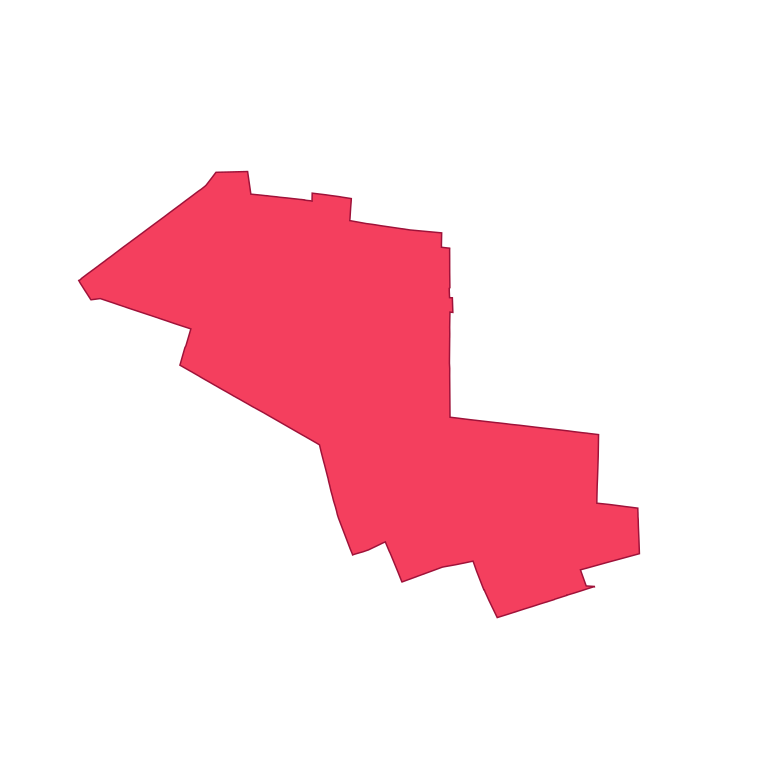 Glodeanu-Silistea, Buzau, Romania, rotated 37°
{"feature_id": "2599482B12439235615588", "entity_name": "Glodeanu-Silistea", "entity_type": "district", "adm_level": 2, "iso_a3": "ROU", "parent_name": "Romania", "parent_adm1": "Buzau", "projection": "robinson", "projection_center": [26.776, 44.841], "detail": "fine", "context": "isolated", "style": "filled", "palette": "rose", "viewbox_px": 768, "rotation_deg": 37, "n_neighbors": 0, "source": "geoboundaries", "source_scale": "gbopen_adm2", "svg_char_len": 3892}
<svg xmlns="http://www.w3.org/2000/svg" viewBox="0 0 768 768"><g transform="rotate(37 384 384)"><path d="M99.3,493.1L105.3,487.2L106.1,486.5L110.3,485.1L116.3,483.1L117.4,482.7L125.4,480.1L136.0,476.6L155.2,470.1L172.6,464.3L179.7,462.0L187.0,459.5L196.6,456.2L202.8,472.7L203.1,474.7L203.4,475.5L206.4,483.3L208.7,489.2L209.1,490.2L209.6,491.6L209.7,491.8L212.5,491.4L213.5,491.3L220.4,490.4L228.3,489.4L229.9,489.2L234.5,488.7L238.6,488.2L244.6,487.4L248.8,486.9L256.7,485.9L261.1,485.3L268.8,484.3L271.6,484.0L277.7,483.1L278.5,483.0L283.3,482.4L292.8,481.2L302.9,479.7L319.4,477.6L345.8,474.3L357.4,472.8L369.1,471.4L372.6,474.3L374.0,475.5L383.8,483.3L384.0,483.4L391.9,489.7L394.5,491.8L396.3,493.2L398.2,494.9L401.8,497.8L406.2,501.5L410.4,504.7L413.8,507.5L416.7,509.6L419.6,511.7L420.2,512.2L422.8,514.2L425.0,516.1L425.8,516.7L427.8,518.1L428.2,518.4L456.2,536.0L460.6,538.6L461.3,539.0L461.8,539.4L462.9,537.7L466.7,532.6L468.1,530.8L470.9,526.6L471.3,526.1L478.1,512.9L478.5,512.1L480.1,509.3L480.9,509.8L488.8,514.4L490.8,515.4L491.1,515.6L493.2,516.8L498.6,520.0L508.2,525.7L517.4,531.3L517.5,531.3L526.7,517.0L534.8,504.5L540.7,495.3L542.0,493.8L546.2,489.3L550.0,485.2L553.8,480.9L555.6,478.9L558.9,475.1L561.7,471.9L562.3,472.3L562.7,472.5L570.5,477.7L572.3,478.8L579.4,483.2L584.7,486.5L586.9,487.8L587.5,488.3L587.9,488.0L588.9,488.6L589.3,488.9L592.8,490.8L598.1,493.7L602.2,495.8L615.0,502.4L621.1,493.9L627.1,485.4L631.6,479.0L637.5,470.8L640.9,465.9L646.4,458.3L649.4,454.1L649.7,453.7L649.9,453.1L652.6,449.3L656.0,444.5L657.3,442.7L657.0,442.4L658.0,441.5L659.0,440.1L661.6,436.6L665.8,430.7L669.7,425.1L673.4,419.9L674.1,419.4L673.8,419.1L667.0,423.6L652.7,414.2L656.7,409.1L669.4,392.5L674.7,385.7L680.9,377.7L690.1,365.8L681.7,355.4L672.5,344.2L668.8,339.5L666.7,337.1L665.4,335.4L664.3,334.0L663.2,332.7L663.0,332.4L662.0,331.2L661.8,330.9L661.4,330.4L655.6,333.7L649.9,337.0L647.9,338.1L642.1,341.4L636.3,344.7L625.7,351.1L622.4,346.6L616.6,338.5L615.8,337.4L612.0,331.9L605.7,322.9L598.5,312.7L593.4,305.7L585.8,295.3L583.9,296.4L580.3,298.5L576.7,300.6L575.7,301.1L572.6,303.0L564.3,307.8L560.2,310.1L549.6,316.3L540.2,321.9L531.0,327.3L517.2,335.3L513.9,337.3L512.6,338.1L509.6,339.9L505.2,342.4L498.9,346.1L496.8,347.4L492.2,350.1L487.6,352.8L474.0,360.8L466.9,364.9L463.9,366.6L456.7,370.8L444.3,354.6L431.5,337.9L427.1,332.0L423.8,328.1L423.5,327.7L415.6,317.0L408.6,307.5L408.5,307.3L407.9,306.5L406.2,304.2L402.4,299.3L397.5,292.6L393.4,286.9L395.9,285.4L386.7,274.0L384.4,275.6L380.7,271.1L378.5,268.3L378.7,267.5L369.2,255.2L359.9,242.9L355.7,237.4L354.9,236.2L354.7,236.0L352.6,237.3L347.6,240.2L347.4,239.9L346.4,238.7L339.1,228.6L328.1,235.4L320.5,240.1L312.1,245.3L286.0,259.6L281.4,262.0L278.1,263.8L276.0,265.0L273.4,266.5L259.9,273.3L258.3,274.1L257.1,272.1L254.0,267.4L251.3,263.3L248.3,258.6L247.0,256.6L246.3,255.6L237.7,260.2L235.7,261.2L231.6,263.5L227.9,265.6L223.7,267.9L211.8,274.8L215.4,279.8L216.5,281.2L216.0,281.5L215.0,281.9L212.4,283.5L209.8,285.0L209.7,284.8L206.8,286.5L205.9,287.1L204.7,287.8L202.8,288.9L201.3,289.8L199.8,290.7L194.7,293.7L188.5,297.5L185.8,299.0L185.3,299.3L180.2,302.4L177.0,304.2L177.0,304.3L171.6,307.5L163.4,312.5L147.2,296.4L131.1,309.2L123.1,315.5L122.4,316.1L122.4,322.7L122.3,332.2L122.0,333.9L121.5,335.8L120.8,338.5L119.9,341.1L119.0,344.1L117.8,348.4L116.4,353.2L115.3,356.9L114.1,361.1L111.5,370.0L110.8,372.4L109.7,376.1L107.4,384.2L104.2,395.0L102.9,399.4L101.4,404.5L99.9,409.7L99.7,410.3L93.3,431.9L90.8,440.7L89.9,444.0L89.1,446.8L88.1,450.0L87.5,452.0L87.1,453.7L85.7,458.3L84.3,463.2L82.9,467.9L80.8,474.9L79.8,478.5L79.0,481.3L78.8,482.0L78.9,482.4L78.5,484.0L77.9,485.0L78.1,485.1L79.5,485.7L81.1,486.4L84.9,487.8L86.9,488.6L87.5,488.8L88.8,489.3L91.3,490.2L91.9,490.4L92.4,490.6L96.7,492.2L96.9,492.2L98.5,492.9L99.3,493.1Z" fill="#f43f5e" stroke="#9f1239" stroke-width="1.5"/></g></svg>